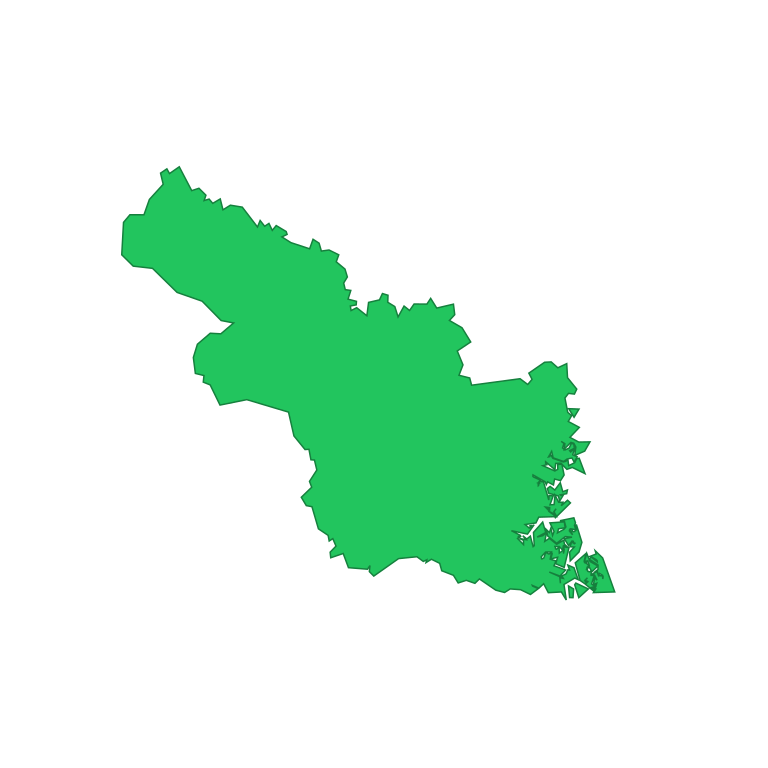 outline of San Lorenzo, Esmeraldas, Ecuador, rotated 152°
{"feature_id": "8360857B36933905288912", "entity_name": "San Lorenzo", "entity_type": "district", "adm_level": 2, "iso_a3": "ECU", "parent_name": "Ecuador", "parent_adm1": "Esmeraldas", "projection": "mercator", "projection_center": [-78.743, 0.975], "detail": "fine", "context": "isolated", "style": "filled", "palette": "green", "viewbox_px": 768, "rotation_deg": 152, "n_neighbors": 0, "source": "geoboundaries", "source_scale": "gbopen_adm2", "svg_char_len": 6166}
<svg xmlns="http://www.w3.org/2000/svg" viewBox="0 0 768 768"><g transform="rotate(152 384 384)"><path d="M554.9,621.2L550.1,605.8L534.1,594.8L523.7,562.0L505.7,542.5L498.0,516.5L488.1,508.5L504.5,504.9L513.6,510.4L530.1,506.7L539.9,496.9L545.6,481.9L539.0,476.0L542.7,470.5L537.9,464.8L538.7,442.4L512.5,434.6L481.5,404.0L487.9,380.4L484.5,363.2L480.9,361.6L484.1,351.4L481.1,349.5L483.7,339.6L495.5,333.0L496.3,326.8L510.2,322.8L509.7,313.1L505.2,309.5L509.9,286.9L504.4,276.6L506.1,271.1L501.8,271.5L502.5,263.4L510.5,260.8L512.6,255.6L499.6,253.5L501.6,238.5L485.5,228.2L481.6,230.3L485.0,225.2L483.2,219.2L453.1,223.0L436.0,216.0L432.6,208.9L428.7,208.7L430.7,206.6L424.4,207.0L419.0,199.5L420.7,192.0L412.5,182.5L411.9,173.5L403.5,172.0L397.3,165.3L391.3,167.1L382.1,149.5L375.4,143.3L368.8,143.8L360.0,138.3L353.5,129.4L343.8,130.9L347.7,135.8L347.6,136.6L343.1,131.0L336.8,132.7L336.9,122.6L325.0,117.1L324.5,107.7L319.2,122.5L306.7,123.1L304.4,120.1L302.5,132.6L306.7,137.8L307.5,132.6L308.9,133.6L312.4,130.9L318.6,131.0L317.0,129.6L316.9,128.1L319.6,130.3L321.8,125.2L319.3,131.4L326.4,140.4L318.8,131.8L311.0,134.5L319.3,143.7L315.2,147.0L319.5,151.3L315.2,156.7L318.2,156.4L320.3,159.4L324.4,155.4L326.3,155.3L326.9,155.6L326.3,157.6L320.2,159.8L315.1,157.2L315.1,155.3L318.8,151.3L312.0,149.5L316.8,144.7L311.0,137.5L297.5,152.7L302.0,155.9L302.7,153.0L305.2,150.0L303.1,153.2L308.6,152.4L306.0,157.8L309.2,157.1L309.9,158.0L309.0,160.1L310.0,160.8L305.5,158.1L304.3,153.6L301.5,157.0L299.0,155.3L299.9,157.9L298.6,161.7L306.8,161.4L310.5,170.1L315.9,169.6L310.2,176.5L315.0,175.5L320.6,177.0L310.9,176.9L308.7,187.6L321.7,182.8L327.2,170.7L328.7,170.4L326.2,181.0L330.7,180.1L332.7,184.9L331.6,179.8L336.9,184.0L334.2,180.4L336.2,176.7L338.6,184.9L334.2,185.2L337.9,185.8L334.9,186.6L340.4,194.7L327.8,184.1L317.4,189.3L321.5,187.6L320.0,189.6L321.7,190.3L322.2,188.8L322.8,188.6L323.4,188.6L325.4,193.7L315.1,190.0L309.9,193.8L294.3,186.1L298.3,194.2L296.0,197.2L297.3,198.0L297.3,196.2L298.2,195.8L299.3,199.6L295.7,197.1L297.8,193.6L294.1,188.6L294.0,191.5L290.6,193.1L293.9,191.3L293.7,186.5L294.2,185.9L296.2,185.2L275.2,191.5L276.5,195.2L284.7,193.3L281.5,195.6L285.3,197.5L285.2,205.6L290.4,197.7L294.2,199.4L287.2,205.7L290.5,208.1L293.0,204.2L289.1,222.7L290.7,223.7L291.5,225.5L292.8,224.0L294.2,224.2L293.3,223.3L294.2,223.1L295.1,221.9L295.5,221.8L294.3,224.4L291.1,225.8L295.7,231.7L295.9,232.7L295.1,233.8L287.6,222.0L287.9,219.0L285.5,220.8L281.8,215.3L278.0,220.0L273.5,215.8L267.7,219.1L264.6,229.6L268.4,231.5L270.6,227.1L274.0,227.0L282.1,237.3L278.2,236.3L278.5,238.2L277.8,239.5L273.3,228.1L269.7,233.3L264.9,231.0L262.6,222.8L256.9,221.9L248.6,210.5L246.5,226.8L248.9,227.6L252.6,225.0L259.2,225.2L257.1,231.0L259.9,230.4L262.3,231.0L269.8,239.1L270.1,243.8L271.8,242.1L273.0,242.4L267.6,245.8L269.3,239.4L261.8,231.3L257.5,231.8L252.8,230.4L252.8,225.7L247.6,229.1L250.6,232.9L246.0,237.6L251.1,236.4L251.4,238.0L246.1,237.9L244.7,241.7L246.2,243.7L250.7,240.5L255.3,240.8L256.4,243.7L253.0,247.0L254.5,250.2L252.3,246.4L255.5,241.9L246.4,244.7L244.2,242.6L244.2,238.3L249.1,231.4L238.3,230.5L229.3,236.2L239.3,241.3L244.9,249.6L231.9,254.0L238.9,264.4L233.2,268.0L235.1,272.7L230.8,286.7L225.5,289.1L220.6,285.7L216.2,289.0L219.0,303.4L213.1,316.2L222.9,316.7L226.0,325.0L232.0,327.8L251.0,325.6L251.1,318.6L257.3,316.1L261.4,324.8L307.2,341.8L305.5,349.1L313.7,356.5L305.3,363.8L303.8,378.8L287.7,380.4L288.7,397.0L296.4,409.4L289.0,412.0L285.2,421.9L301.8,426.3L302.6,437.7L308.6,434.4L319.9,440.5L326.9,436.9L329.7,443.4L340.1,436.6L338.1,447.3L342.3,454.4L338.8,460.5L342.9,464.6L348.5,460.4L359.3,463.3L367.1,452.3L372.3,464.2L378.6,464.3L377.1,468.7L371.4,466.9L369.5,469.9L375.9,475.8L369.4,482.2L373.9,485.5L372.2,492.1L366.1,495.7L364.5,503.8L368.8,514.3L363.3,519.3L369.6,528.1L376.9,530.8L375.2,538.8L378.7,545.1L386.2,538.3L399.8,552.5L405.1,561.8L399.3,561.6L398.8,564.6L404.8,574.5L410.5,572.1L410.2,579.8L415.3,579.3L416.6,586.5L422.0,582.0L426.1,606.7L435.7,614.0L444.4,613.4L441.7,624.3L450.4,623.9L451.6,629.4L456.7,630.4L452.6,634.3L455.5,643.7L463.0,645.0L462.8,671.9L474.6,670.5L474.7,675.9L482.3,675.1L485.2,664.0L504.5,657.1L516.5,646.1L528.9,652.7L538.1,649.0L554.9,621.2ZM299.1,148.4L302.6,140.4L290.7,144.1L283.6,151.3L280.2,169.1L281.7,169.7L282.1,165.5L284.9,164.3L286.1,164.6L286.8,165.4L285.8,167.4L288.0,168.1L288.3,162.3L289.3,167.2L288.3,168.5L287.1,168.6L283.0,165.2L282.3,169.6L280.1,171.5L279.2,176.7L292.8,180.7L289.2,178.0L290.5,172.4L293.4,171.2L300.7,171.1L297.9,174.2L291.6,172.1L289.5,177.6L302.7,183.5L303.1,173.9L306.3,171.1L304.4,178.3L307.7,175.2L309.0,179.3L310.8,172.8L306.3,162.3L295.6,164.2L289.9,160.5L297.4,162.7L296.9,154.7L291.7,157.1L290.7,156.3L291.1,154.1L289.5,153.8L290.9,153.6L292.4,156.4L296.2,153.0L292.5,150.7L299.1,148.4ZM297.0,101.5L277.9,92.1L272.6,127.8L275.8,137.6L276.5,134.3L283.1,135.1L282.2,134.4L279.1,129.3L278.7,127.9L279.2,126.8L282.3,134.0L285.0,132.9L280.0,123.8L282.1,119.8L285.3,119.2L283.6,118.4L284.2,114.2L282.5,115.5L280.8,112.4L281.0,110.8L282.4,109.1L281.1,111.9L284.6,114.2L284.0,118.4L289.7,118.4L287.8,116.6L288.0,110.7L288.9,114.1L293.2,108.6L292.0,107.2L291.4,108.4L289.7,108.2L292.6,105.3L295.5,106.7L293.1,103.6L297.0,101.5ZM300.2,112.8L296.3,103.2L294.6,103.1L296.2,106.9L292.6,106.1L294.6,110.0L288.3,116.2L291.0,117.8L288.7,121.6L290.8,121.7L292.0,122.9L291.4,125.2L292.8,124.5L290.6,126.9L288.3,127.3L289.6,131.0L287.3,132.2L290.2,131.4L290.6,131.9L290.5,133.5L285.4,139.5L299.1,136.3L303.1,118.5L300.4,113.3L297.1,114.0L299.0,115.2L299.0,116.3L295.3,117.4L298.8,116.1L296.9,114.2L297.0,113.6L300.2,112.8ZM283.8,198.2L277.9,201.7L280.2,202.6L280.4,203.4L274.2,201.4L271.8,204.3L276.7,205.0L274.7,214.1L282.9,210.2L285.4,215.6L288.8,215.0L289.9,210.3L282.6,203.3L283.8,198.2ZM312.3,103.9L299.8,107.1L308.1,118.2L309.9,117.2L312.3,103.9ZM288.7,120.6L280.6,122.9L285.4,130.5L284.5,139.3L290.3,133.1L287.1,132.2L288.0,127.1L290.7,125.9L288.7,125.5L288.7,120.6ZM232.5,275.5L231.8,265.4L223.6,270.3L232.5,275.5ZM315.9,119.1L320.4,108.3L317.4,106.6L312.8,114.0L315.9,119.1Z" fill="#22c55e" stroke="#15803d" stroke-width="1.5"/></g></svg>